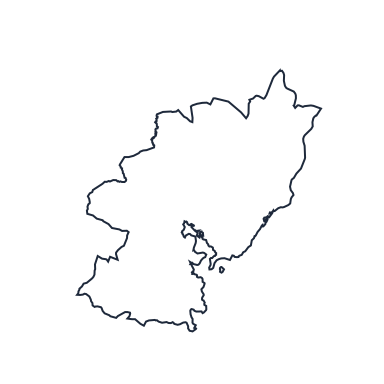 Misungwi, Mwanza, United Republic of Tanzania (Robinson projection), rotated 200°
{"feature_id": "72390352B3687042598615", "entity_name": "Misungwi", "entity_type": "district", "adm_level": 2, "iso_a3": "TZA", "parent_name": "United Republic of Tanzania", "parent_adm1": "Mwanza", "projection": "robinson", "projection_center": [32.979, -2.954], "detail": "fine", "context": "isolated", "style": "outline", "palette": "slate", "viewbox_px": 384, "rotation_deg": 200, "n_neighbors": 0, "source": "geoboundaries", "source_scale": "gbopen_adm2", "svg_char_len": 6040}
<svg xmlns="http://www.w3.org/2000/svg" viewBox="0 0 384 384"><g transform="rotate(200 192 192)"><path d="M99.3,314.5L107.3,314.5L109.9,314.0L115.7,311.1L116.9,309.9L121.2,310.0L122.4,309.5L123.8,306.3L126.0,308.0L125.6,308.4L126.4,315.6L127.5,318.4L128.6,319.8L130.7,321.2L138.0,321.8L139.3,322.2L141.0,323.6L143.7,327.9L145.4,333.3L146.7,335.1L148.9,336.7L150.7,335.7L151.0,336.3L154.4,328.5L154.8,326.1L155.2,308.5L155.9,305.0L156.7,304.1L162.1,304.9L164.2,304.6L165.0,304.0L166.6,300.7L169.6,298.3L168.3,296.9L168.9,294.4L165.7,285.0L165.7,282.4L166.4,279.8L173.1,283.6L188.7,289.4L202.4,287.9L203.9,287.3L204.7,280.6L208.7,281.0L212.8,279.3L217.4,276.6L221.2,273.6L222.3,272.0L216.8,261.8L215.6,257.8L218.0,257.8L222.2,259.7L225.2,260.0L233.0,264.3L234.3,262.2L237.9,260.4L239.2,260.5L246.7,257.3L251.5,253.0L251.5,251.9L250.9,250.8L250.1,251.0L249.8,249.9L250.7,248.6L249.9,247.8L249.5,246.2L250.3,245.9L250.5,244.9L248.4,244.0L247.5,241.8L246.2,241.4L246.2,240.0L247.3,239.5L247.8,238.4L247.3,237.7L247.2,236.6L245.8,236.0L245.7,235.3L246.6,234.7L246.2,233.8L245.4,233.8L245.2,232.5L245.8,232.0L246.1,230.6L246.7,230.5L246.8,229.6L247.5,229.6L247.8,228.8L247.0,228.8L248.0,227.2L247.1,226.8L246.2,224.8L245.6,224.7L245.1,223.7L244.4,223.5L244.3,222.9L243.4,222.8L242.9,220.9L249.0,215.8L252.1,214.3L254.5,212.2L255.3,210.3L259.3,206.0L263.4,203.2L267.4,201.7L269.2,193.1L269.1,192.3L267.7,191.6L267.3,190.5L265.8,190.3L265.6,189.2L264.2,187.9L263.4,186.1L262.5,185.8L260.2,182.3L259.3,182.5L258.0,181.0L257.9,179.9L258.8,178.3L261.5,177.4L262.8,177.5L263.8,176.7L265.0,177.0L265.6,176.5L267.2,177.2L270.1,176.3L272.7,173.8L273.9,173.9L275.7,172.3L277.5,171.8L278.9,169.1L285.8,160.0L285.7,157.8L287.6,155.8L288.4,152.4L286.3,150.4L284.6,147.5L284.3,146.4L285.2,145.0L285.2,142.5L284.1,140.4L284.4,138.6L282.9,135.7L277.0,136.1L272.4,134.4L266.3,134.9L265.4,134.2L259.5,133.3L254.9,130.8L247.4,132.0L244.4,131.5L240.0,133.3L237.8,132.6L238.1,129.0L237.3,126.5L237.6,118.2L239.4,116.3L241.7,112.0L242.6,109.1L242.2,107.7L238.7,102.9L246.8,103.1L247.0,97.9L249.0,99.3L249.9,99.4L253.7,98.6L258.7,99.6L258.4,90.8L256.6,86.4L256.6,84.8L255.4,81.0L255.6,78.6L256.3,76.7L259.8,70.7L262.5,68.8L263.1,65.6L264.7,62.6L264.4,61.8L264.7,59.8L264.2,58.0L264.8,56.1L261.9,57.0L259.4,58.3L258.3,59.6L256.6,59.9L252.7,58.7L250.3,56.3L249.4,54.8L247.6,53.6L246.6,51.4L244.2,50.7L243.3,51.5L241.6,52.2L238.2,52.6L237.2,52.0L235.3,49.7L232.6,48.1L227.6,47.9L226.2,47.3L220.2,47.8L219.2,50.1L213.8,56.3L211.6,57.1L209.0,57.4L208.5,56.6L208.3,53.9L209.4,51.0L205.4,51.8L202.0,53.0L195.4,50.5L191.5,49.9L190.9,54.5L188.5,56.6L183.1,59.1L182.2,58.9L181.1,59.5L179.1,58.8L175.4,58.9L171.4,61.1L169.3,60.9L167.5,61.4L166.5,62.0L165.8,63.0L164.8,62.9L163.5,62.0L160.1,62.3L158.1,63.6L155.6,66.3L153.5,67.4L152.4,67.3L149.7,64.5L149.0,62.5L146.8,60.8L143.8,61.2L141.6,64.4L141.4,65.0L141.7,65.2L143.4,65.1L142.9,68.1L145.7,68.5L146.8,69.3L148.0,72.9L149.6,74.1L151.5,76.6L153.0,79.8L152.9,81.2L152.3,81.9L150.2,82.0L149.1,81.2L147.1,81.1L142.2,83.0L140.6,81.8L139.7,82.8L138.4,85.8L138.4,86.6L139.7,89.8L141.8,90.2L142.3,91.4L142.2,92.4L144.0,94.0L145.3,94.0L146.0,94.7L146.3,96.3L145.7,99.1L146.1,99.9L148.7,101.9L149.9,103.8L148.7,106.7L148.8,110.2L149.1,110.7L151.3,111.2L152.3,113.8L153.2,114.6L154.7,114.9L157.0,113.7L158.0,114.1L157.8,113.4L158.2,114.1L158.0,113.4L158.3,113.8L158.8,115.5L159.4,115.8L161.2,115.6L162.5,116.1L163.1,115.2L163.8,115.1L163.8,115.8L164.6,116.4L164.1,117.8L163.9,116.3L163.5,116.2L163.4,116.7L163.9,117.9L164.6,118.2L163.6,118.1L163.8,119.8L167.2,122.9L167.7,124.1L168.8,123.7L168.7,124.3L169.9,125.6L168.2,125.2L167.7,125.6L165.9,124.8L162.2,125.2L161.1,125.9L160.4,127.5L160.1,130.7L159.5,132.3L158.7,134.0L157.3,135.3L157.2,138.1L159.7,138.9L161.1,138.8L165.8,136.1L168.7,136.8L170.4,138.2L170.8,137.8L171.2,140.5L171.1,145.2L171.5,147.3L173.6,151.3L177.9,151.0L179.3,151.8L180.7,151.6L182.9,149.0L183.1,146.8L184.4,147.2L186.0,149.2L186.9,149.5L187.3,150.7L187.8,150.7L187.8,152.0L186.8,153.7L186.8,156.6L189.2,158.6L188.7,159.8L189.0,161.9L187.8,161.7L187.2,162.3L186.2,161.9L185.6,160.7L183.4,159.9L182.4,160.2L182.3,161.2L181.6,161.8L178.8,161.2L178.8,160.7L180.5,160.4L180.5,158.9L176.0,156.6L174.3,156.1L173.3,157.6L172.7,157.9L173.4,156.7L172.3,156.0L173.7,156.5L172.7,155.2L172.6,153.1L171.9,152.5L169.8,151.9L170.4,153.2L170.1,154.4L170.8,156.7L170.0,155.2L169.9,155.6L170.7,157.4L169.5,158.2L168.8,157.2L168.9,157.6L167.8,157.4L166.6,154.9L168.8,154.6L169.7,153.1L166.6,152.9L166.2,151.7L165.2,151.3L162.3,151.7L160.6,149.3L158.8,148.3L158.3,147.3L157.0,146.7L155.7,147.3L153.4,146.9L152.4,144.8L150.5,144.4L149.7,143.4L148.4,142.9L147.9,141.3L148.4,141.1L148.5,139.8L149.5,139.2L150.5,136.8L151.6,136.5L152.3,135.2L149.9,130.9L149.6,129.8L150.0,126.8L149.1,125.2L147.2,126.1L146.1,127.9L146.5,132.9L145.5,136.3L143.7,138.2L141.8,139.6L138.8,140.9L133.1,141.1L132.4,146.2L130.9,146.4L129.8,145.6L127.6,146.1L126.1,146.8L126.2,147.4L125.6,148.4L123.8,149.9L123.3,152.5L123.8,153.3L123.3,152.9L121.7,154.5L120.2,159.5L118.4,161.9L119.3,167.1L118.0,169.7L118.1,171.9L117.6,172.0L117.2,173.0L116.7,176.9L115.4,180.4L114.9,184.3L114.5,185.1L113.8,183.8L113.2,184.1L112.1,186.9L112.4,188.1L111.8,189.5L111.6,191.9L112.0,193.7L113.5,190.7L113.7,189.3L114.1,189.2L115.9,191.8L115.4,191.5L115.3,192.6L113.3,193.8L112.6,195.2L110.8,194.8L109.4,199.5L110.0,200.3L110.5,199.0L111.8,198.3L111.8,199.5L110.6,199.7L109.6,200.7L109.4,200.6L109.2,202.6L108.5,202.0L107.8,202.4L105.4,206.3L103.3,208.1L101.6,208.5L100.3,209.4L97.0,212.7L95.8,214.8L96.7,219.1L96.6,221.0L95.6,223.9L96.8,225.5L99.8,227.5L101.7,230.5L102.5,236.7L102.5,237.8L101.1,240.1L100.2,245.0L97.6,251.3L97.3,261.7L97.5,263.0L102.0,274.0L104.5,277.3L105.7,280.0L105.8,282.4L105.4,284.0L101.5,292.1L101.0,294.9L102.7,298.8L103.2,302.8L102.7,304.6L101.6,306.4L101.2,306.4L99.3,314.5ZM138.6,131.6L139.2,131.3L139.7,130.2L139.4,129.0L138.7,128.2L138.4,126.6L136.7,126.3L135.9,127.4L135.5,130.3L138.6,131.6Z" fill="none" stroke="#1e293b" stroke-width="2"/></g></svg>